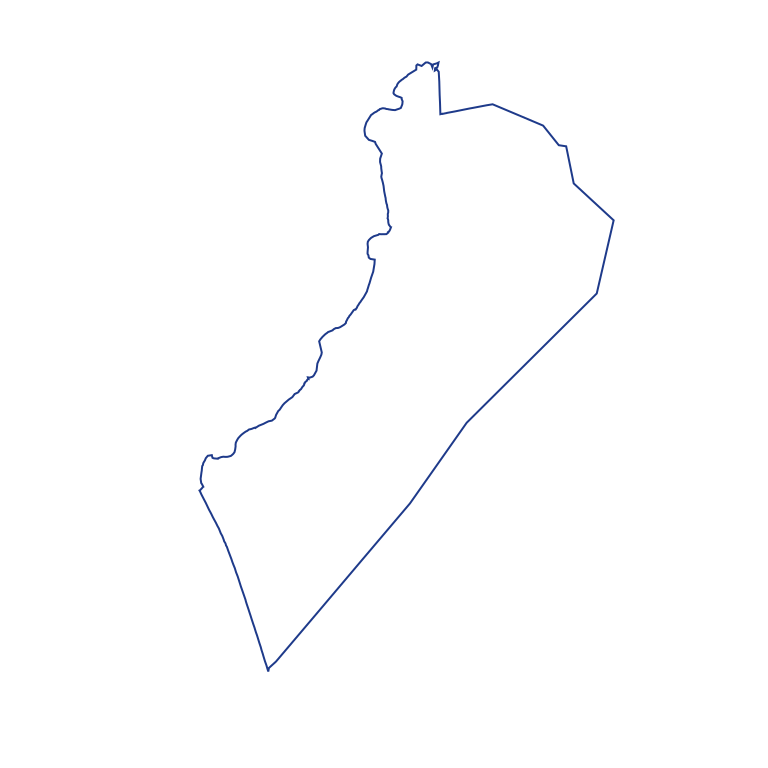 Santa María Huazolotitlán, Oaxaca, Mexico (Equal Earth projection), rotated 29°
{"feature_id": "50627088B3562448791337", "entity_name": "Santa María Huazolotitlán", "entity_type": "district", "adm_level": 2, "iso_a3": "MEX", "parent_name": "Mexico", "parent_adm1": "Oaxaca", "projection": "equal_earth", "projection_center": [-97.973, 16.191], "detail": "fine", "context": "isolated", "style": "outline", "palette": "blue", "viewbox_px": 768, "rotation_deg": 29, "n_neighbors": 0, "source": "geoboundaries", "source_scale": "gbopen_adm2", "svg_char_len": 5237}
<svg xmlns="http://www.w3.org/2000/svg" viewBox="0 0 768 768"><g transform="rotate(29 384 384)"><path d="M505.5,129.5L476.4,122.4L452.7,116.6L428.1,87.8L421.1,90.4L398.0,80.9L397.5,80.9L366.6,84.2L343.4,86.7L338.6,90.5L327.9,99.4L325.2,101.6L313.8,111.3L307.6,116.4L307.5,116.6L305.7,118.1L305.5,118.3L304.1,119.5L303.9,119.4L302.5,120.7L297.5,112.3L296.6,110.8L292.6,104.3L289.4,98.9L285.8,92.8L280.5,84.4L277.6,83.2L276.5,85.2L275.6,83.0L277.1,81.3L276.7,79.1L276.3,78.0L275.8,76.4L274.7,78.0L272.0,80.7L272.9,83.7L270.1,81.4L266.5,81.5L264.6,82.6L262.7,87.6L258.4,88.2L257.9,89.7L259.8,93.4L255.1,101.7L254.6,104.4L254.1,105.0L253.8,105.6L253.4,106.2L253.0,107.4L252.5,108.6L251.9,109.5L251.7,110.3L251.1,111.6L250.7,112.8L250.4,114.5L250.4,115.7L250.8,117.7L250.5,118.4L250.3,119.3L250.2,120.6L250.3,122.0L250.7,123.4L251.0,124.3L251.2,124.9L251.7,125.3L252.5,125.7L255.1,126.0L257.7,125.6L259.2,125.3L260.7,125.2L261.5,126.4L263.2,127.7L264.3,130.2L264.5,131.0L264.9,134.4L263.8,135.9L262.4,137.4L260.9,139.1L258.3,140.3L255.5,141.3L255.1,141.5L254.4,141.6L253.9,141.8L253.5,142.0L252.7,142.3L252.3,142.4L251.3,142.5L250.7,142.8L249.9,143.1L249.0,143.6L248.3,144.3L247.8,144.9L247.2,145.4L247.0,145.7L246.9,146.6L246.3,147.2L245.7,148.7L245.1,149.8L244.5,150.5L244.2,151.1L243.7,151.9L243.1,153.4L242.3,155.0L241.9,162.0L241.9,162.3L241.8,163.0L241.8,163.8L241.9,164.4L242.1,165.2L242.1,165.4L242.1,165.6L242.2,165.9L243.0,169.5L243.9,171.5L244.3,172.2L247.2,176.0L252.4,177.8L255.7,177.1L258.8,176.6L260.3,178.0L270.4,183.5L271.4,188.8L272.9,191.7L274.0,192.9L275.0,193.9L276.0,195.0L276.3,195.5L276.6,196.0L277.3,197.1L277.7,197.6L279.1,199.5L280.0,200.6L280.3,201.7L281.1,204.0L282.2,205.3L282.8,205.8L283.6,206.6L285.6,208.7L286.2,209.4L287.6,211.0L290.7,215.3L291.7,216.5L294.6,219.9L295.2,220.5L295.8,221.4L296.2,222.0L297.3,223.4L298.6,224.9L299.8,225.9L301.1,227.7L302.1,228.8L303.6,230.2L304.5,231.9L304.9,233.5L306.2,235.6L306.9,237.5L307.5,237.8L307.8,238.2L308.4,238.9L308.9,239.8L309.6,240.8L310.3,241.6L311.1,242.4L311.3,242.4L313.7,243.6L314.1,243.5L314.5,246.2L314.5,247.8L313.9,249.2L314.3,249.5L313.5,251.6L313.4,251.8L308.9,254.4L307.1,255.2L307.1,255.3L306.7,256.3L306.4,256.6L303.5,259.6L301.9,262.4L301.5,263.6L301.0,265.4L300.9,267.4L301.7,269.4L303.7,272.2L305.7,276.6L306.5,278.1L308.0,279.0L309.4,280.8L311.5,281.2L315.6,279.7L317.5,283.7L320.1,291.0L321.2,297.3L321.7,299.5L322.5,303.0L322.7,304.5L323.4,307.7L323.8,309.8L324.2,311.2L324.2,314.4L324.2,314.5L324.2,317.7L324.2,317.8L323.7,322.1L323.6,323.7L323.6,323.8L323.3,325.3L323.3,326.8L323.1,328.7L323.2,330.1L323.3,330.3L323.1,332.3L322.9,332.2L322.1,333.5L321.7,334.1L321.5,336.1L321.1,339.6L320.7,341.2L320.8,342.1L320.7,343.0L320.5,343.7L320.5,344.7L320.6,345.8L320.6,347.0L320.6,347.9L321.1,349.1L320.5,351.2L318.1,355.5L316.9,357.0L316.3,357.5L314.7,358.5L313.5,360.4L313.0,361.8L313.0,362.0L310.6,364.9L310.0,365.5L309.5,366.8L308.5,368.9L307.4,372.4L306.7,375.9L306.6,378.1L314.3,386.6L315.0,388.7L315.3,391.7L315.5,395.4L315.8,398.4L318.5,405.0L318.5,410.4L318.0,412.2L316.0,414.4L314.2,415.1L315.5,416.3L315.2,416.4L314.8,417.6L315.0,418.5L314.4,419.9L314.2,420.3L314.2,420.5L314.3,420.9L314.3,421.3L314.2,421.4L314.0,421.9L314.0,422.0L314.1,422.3L314.2,422.7L314.5,423.2L314.5,423.7L314.4,424.2L314.4,424.3L314.5,424.4L314.4,424.8L314.3,425.1L314.0,426.4L314.0,427.0L313.9,428.7L313.6,429.5L313.3,430.0L313.3,430.3L313.3,430.6L313.2,431.0L313.0,431.5L313.2,431.9L312.9,433.1L310.7,436.1L310.2,439.9L308.2,443.9L307.7,445.3L306.2,449.3L306.1,449.9L305.7,451.5L305.5,453.5L305.2,457.1L304.6,458.9L304.6,463.3L305.2,466.3L305.1,467.2L303.7,470.4L301.1,472.6L299.2,475.3L297.9,477.3L294.8,481.1L292.8,484.8L292.4,484.6L291.3,485.8L290.1,487.3L289.3,488.1L288.0,489.2L287.1,491.3L286.1,492.7L285.0,495.0L284.1,497.1L283.6,498.6L282.8,501.9L282.7,503.8L282.8,507.0L283.1,507.8L283.6,509.1L284.4,510.4L284.7,511.2L285.5,513.2L286.3,516.1L286.0,518.3L285.1,520.8L284.8,521.3L282.5,523.5L280.7,524.6L278.7,525.5L277.0,526.9L274.9,529.4L275.1,529.7L274.9,529.9L271.3,531.5L269.8,531.7L268.5,530.4L267.9,529.7L264.7,532.2L264.1,535.3L264.4,537.6L264.3,539.5L264.3,540.8L264.6,541.8L264.9,542.7L264.8,543.9L265.7,546.1L266.6,548.1L267.2,549.8L269.6,555.9L272.2,559.3L273.1,559.7L275.8,561.5L275.5,562.0L275.4,562.8L275.3,563.4L275.2,563.8L275.1,564.2L275.0,564.5L274.8,565.2L274.8,565.6L274.6,566.2L274.3,566.6L275.4,567.3L277.8,569.1L282.3,572.1L285.8,574.4L289.7,577.2L292.1,578.9L295.7,581.2L298.8,583.4L301.6,585.2L304.3,586.9L307.3,589.0L309.6,590.4L313.6,593.7L316.2,595.3L319.3,597.9L320.5,599.1L322.2,600.0L323.1,600.7L324.1,601.8L325.4,602.5L326.1,603.1L328.3,605.1L332.1,608.3L335.3,611.0L337.8,613.3L340.3,615.4L342.8,617.4L345.9,620.4L349.3,623.2L352.7,626.4L356.8,630.3L360.5,633.6L364.4,637.1L367.5,639.9L368.6,641.1L370.7,643.1L374.0,646.1L377.2,649.1L379.8,651.5L382.1,653.7L386.1,657.4L388.9,659.9L389.8,660.8L392.3,663.2L394.8,665.4L397.3,667.8L400.3,670.7L403.8,673.9L406.0,676.2L408.8,678.8L410.7,680.7L414.2,684.1L417.6,687.1L419.9,689.4L422.0,691.4L422.2,691.6L421.0,688.2L424.1,679.1L437.1,614.0L450.2,548.0L464.6,475.9L469.5,430.2L475.1,377.8L526.2,201.7L505.5,129.5Z" fill="none" stroke="#1e3a8a" stroke-width="2"/></g></svg>